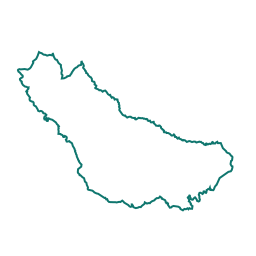 outline of Poiana Cristei, Vrancea, Romania, rotated 169°
{"feature_id": "2599482B17918493537956", "entity_name": "Poiana Cristei", "entity_type": "district", "adm_level": 2, "iso_a3": "ROU", "parent_name": "Romania", "parent_adm1": "Vrancea", "projection": "albers", "projection_center": [26.947, 45.68], "detail": "fine", "context": "isolated", "style": "outline", "palette": "teal", "viewbox_px": 256, "rotation_deg": 169, "n_neighbors": 0, "source": "geoboundaries", "source_scale": "gbopen_adm2", "svg_char_len": 5808}
<svg xmlns="http://www.w3.org/2000/svg" viewBox="0 0 256 256"><g transform="rotate(169 128 128)"><path d="M178.8,75.0L174.9,73.3L174.0,72.3L173.3,71.2L171.4,69.8L169.8,69.1L164.4,63.8L163.6,63.8L163.0,62.1L162.0,62.1L161.7,60.4L160.8,59.1L159.1,58.5L154.6,57.6L153.4,57.1L150.8,57.2L149.6,56.8L147.5,57.8L146.5,56.6L146.0,55.5L142.4,52.3L141.5,50.8L140.5,50.1L139.6,50.2L138.9,51.4L138.9,52.3L138.7,52.3L138.0,50.9L137.9,49.5L137.3,48.9L135.7,47.9L133.5,47.9L132.2,48.3L130.5,47.9L129.3,48.9L126.3,50.4L125.7,51.8L123.8,50.2L122.3,50.4L120.8,50.0L120.3,50.6L118.4,51.5L115.8,52.0L115.3,52.6L113.2,53.7L111.8,53.4L110.7,53.7L109.7,54.6L108.2,53.0L108.4,52.3L108.0,51.8L107.2,51.5L105.4,50.1L105.1,49.2L105.2,48.2L104.7,47.6L104.7,46.8L104.3,46.6L103.9,47.0L103.5,46.3L103.1,46.2L103.4,44.8L102.1,41.8L100.6,41.8L100.0,42.4L98.3,42.8L93.7,41.2L92.3,40.0L91.9,38.4L89.8,36.7L88.1,37.8L86.7,37.2L85.0,37.8L84.2,36.7L83.4,37.5L83.0,37.6L82.3,36.9L80.5,36.5L79.6,39.0L80.1,39.4L80.5,40.3L80.9,40.8L81.0,41.1L80.7,41.8L81.1,42.5L81.2,43.4L82.3,44.4L81.5,45.8L82.6,48.2L82.6,48.4L81.1,49.3L80.7,50.0L80.4,50.0L80.2,49.8L80.3,48.7L80.1,47.9L79.9,47.6L79.9,46.2L78.7,45.3L77.8,45.4L77.4,46.0L75.7,47.1L75.3,47.1L74.5,45.3L74.1,44.2L74.1,43.3L72.8,42.4L71.9,42.6L71.1,44.0L71.3,45.7L70.9,47.6L71.3,48.9L70.2,50.7L69.0,50.6L67.4,49.0L66.8,49.4L65.9,51.3L65.4,51.3L64.9,51.0L64.7,50.0L63.8,49.4L63.3,49.9L62.6,52.1L61.9,52.2L61.0,52.8L59.9,52.5L59.0,53.8L59.0,52.4L58.5,52.1L58.8,51.4L56.1,50.7L55.1,51.8L54.5,53.0L53.5,54.2L51.8,55.4L51.8,55.7L51.4,56.0L47.6,61.4L37.8,65.8L35.3,65.9L34.1,67.1L33.0,69.3L32.8,70.4L33.5,70.8L34.1,72.4L34.2,73.1L33.1,76.0L32.2,76.3L31.9,76.8L31.0,79.5L31.2,80.2L32.0,81.0L33.3,83.6L35.3,84.8L36.0,85.7L36.1,86.5L38.7,90.1L39.8,95.5L42.7,96.0L43.0,97.4L44.7,96.8L45.3,96.2L46.0,96.4L46.6,96.3L47.0,96.8L47.4,97.9L47.6,98.1L48.4,97.8L48.7,96.7L49.5,96.8L50.2,96.5L51.2,97.1L52.7,96.6L53.8,97.8L54.4,97.8L54.9,97.5L54.6,96.6L54.9,96.4L56.3,97.1L56.8,97.8L57.2,98.9L58.1,99.2L59.0,100.5L59.8,100.5L60.5,101.0L63.6,100.7L64.1,101.1L64.3,101.6L65.8,102.1L67.9,102.0L69.6,103.2L70.5,103.5L72.9,103.1L74.4,105.0L75.5,105.5L76.1,105.3L76.4,105.7L77.0,105.5L77.7,106.2L77.8,106.6L79.6,107.7L79.9,108.8L81.3,108.1L81.8,108.7L82.2,109.9L83.6,110.3L83.5,111.7L84.2,112.9L85.3,112.1L86.7,112.3L88.1,114.3L89.7,115.5L91.1,115.7L91.4,116.5L93.4,116.9L93.6,117.5L93.1,118.4L93.7,119.4L94.4,119.8L94.5,120.5L95.1,120.9L95.6,121.9L95.4,122.7L96.4,124.3L97.0,124.6L97.8,124.2L100.1,125.0L100.3,125.8L101.8,127.8L101.5,128.9L101.6,129.2L103.7,129.0L104.6,129.3L105.0,131.0L106.5,131.0L107.2,131.5L107.2,132.4L107.4,133.0L108.1,133.4L108.7,133.2L110.3,134.2L110.8,134.1L111.7,134.9L113.5,135.1L113.9,135.4L114.7,135.5L115.5,136.0L118.4,134.9L119.1,135.1L119.4,135.7L119.3,136.6L120.5,136.7L122.4,137.5L122.8,137.9L123.0,138.4L123.8,138.7L124.9,138.8L126.8,138.4L127.5,139.5L128.2,139.9L128.4,140.8L129.3,140.9L130.7,141.9L133.1,147.2L132.9,148.0L132.3,148.8L132.8,150.5L132.2,151.2L132.2,152.3L132.5,153.0L132.1,154.3L132.8,155.2L132.8,156.2L133.2,157.3L132.9,157.7L132.9,158.0L134.9,158.7L135.7,158.5L136.0,159.9L136.4,160.6L137.4,161.2L138.1,160.8L138.8,162.2L139.1,163.7L139.2,163.9L139.8,163.7L141.2,165.0L142.3,167.7L143.2,169.1L144.5,169.1L146.0,168.5L146.9,169.8L148.1,170.5L149.0,170.5L149.6,171.4L152.5,173.3L152.5,173.7L151.4,174.5L151.0,175.6L152.5,177.1L152.1,177.8L152.2,179.5L152.5,179.9L153.0,180.0L154.3,180.9L154.3,182.0L154.1,183.1L154.8,184.9L155.4,185.2L157.0,187.4L157.2,188.6L157.7,189.5L158.6,190.0L158.4,190.9L158.8,191.8L158.7,192.1L159.2,192.5L159.3,193.5L160.5,195.5L160.5,196.0L159.5,197.3L159.8,199.3L160.7,201.0L160.7,201.9L161.1,201.9L162.0,198.9L164.7,198.7L166.4,197.4L167.5,197.2L169.4,196.3L170.4,195.2L170.9,195.0L171.6,194.0L172.6,193.3L173.0,192.3L174.3,191.4L174.6,190.8L175.0,190.4L178.0,190.3L178.5,189.7L181.2,189.0L183.5,189.2L182.3,192.0L182.3,192.6L182.9,193.4L182.9,193.8L182.8,195.0L181.9,196.9L182.2,201.0L181.8,202.6L183.8,205.1L184.8,208.5L186.0,209.0L186.5,209.8L187.2,212.3L187.5,215.2L187.8,215.2L188.3,214.1L188.7,213.8L190.8,214.7L193.6,214.5L195.1,215.6L196.6,216.0L197.8,217.0L198.3,217.8L200.2,218.8L200.9,219.5L202.9,216.1L204.9,213.4L208.5,211.6L208.7,211.2L208.5,210.1L211.8,206.1L213.2,205.1L215.3,204.4L218.2,205.6L222.1,206.0L223.4,206.5L224.7,206.2L225.0,205.8L224.8,204.3L223.6,203.0L222.4,200.7L221.5,199.7L221.4,198.9L221.9,197.9L223.7,197.4L224.7,196.8L224.8,196.4L224.6,195.2L223.5,194.0L223.4,193.4L223.8,192.8L223.0,190.4L221.3,188.4L219.6,187.7L218.7,186.7L217.9,186.8L218.2,185.6L220.7,183.5L220.2,183.0L220.7,182.7L220.3,181.7L220.5,180.9L218.4,176.6L218.9,175.9L219.2,174.6L219.0,173.6L217.4,172.3L216.5,172.0L215.9,171.2L215.8,170.7L216.1,168.6L215.5,167.7L214.3,166.8L213.1,163.4L212.9,162.0L211.7,161.2L210.4,161.4L209.5,161.0L208.5,159.8L208.5,159.1L208.2,158.6L206.7,158.0L205.6,156.4L206.2,155.7L207.7,155.2L208.5,153.6L208.3,152.3L207.9,152.2L206.7,153.1L205.9,153.4L205.5,152.3L206.9,151.8L206.4,150.5L205.5,150.2L205.1,150.8L205.1,151.3L204.4,151.9L204.6,152.2L204.0,152.6L202.7,151.5L200.7,150.5L197.7,147.2L197.0,145.3L195.9,143.8L195.5,142.8L196.2,142.5L196.1,140.8L196.6,140.3L196.7,137.9L197.4,135.5L195.4,135.0L195.2,134.5L193.9,133.7L193.3,132.8L193.4,131.9L192.9,131.4L192.1,131.4L191.5,132.2L190.2,131.2L189.9,130.5L190.3,129.0L191.2,128.4L190.8,126.4L190.1,126.2L188.1,126.3L187.4,125.1L186.2,124.2L185.8,123.1L185.6,120.9L184.5,117.9L184.5,116.7L184.1,115.9L184.5,114.9L184.1,114.1L184.0,112.2L183.6,111.3L183.7,109.7L183.0,106.9L183.1,106.5L182.4,105.1L182.6,104.6L181.6,102.4L180.6,101.0L181.3,99.0L184.9,97.1L185.7,94.2L185.5,93.2L184.4,91.7L184.5,90.9L183.6,90.6L182.1,88.4L180.7,87.1L180.5,83.6L179.3,82.2L179.3,80.1L178.6,77.3L179.2,75.9L178.8,75.0Z" fill="none" stroke="#0f766e" stroke-width="2"/></g></svg>